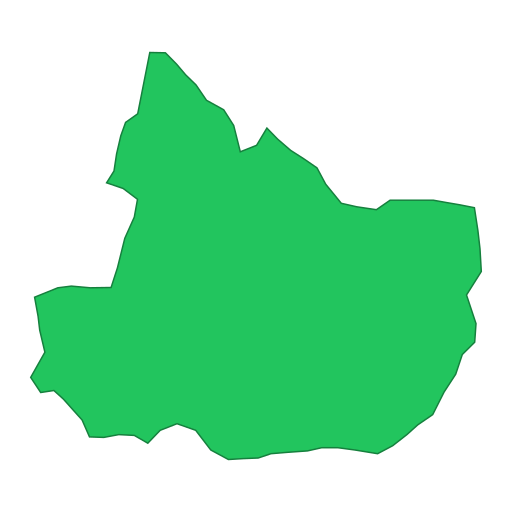 Hortolândia, São Paulo, Brazil
{"feature_id": "56859067B73549929772376", "entity_name": "Hortolândia", "entity_type": "district", "adm_level": 2, "iso_a3": "BRA", "parent_name": "Brazil", "parent_adm1": "São Paulo", "projection": "albers", "projection_center": [-47.21, -22.87], "detail": "fine", "context": "isolated", "style": "filled", "palette": "green", "viewbox_px": 512, "rotation_deg": 0, "n_neighbors": 0, "source": "geoboundaries", "source_scale": "gbopen_adm2", "svg_char_len": 1121}
<svg xmlns="http://www.w3.org/2000/svg" viewBox="0 0 512 512"><path d="M474.4,207.7L459.7,204.8L446.2,202.5L433.3,200.2L420.4,200.2L407.7,200.2L390.1,200.2L376.4,209.7L356.8,206.8L341.3,203.3L325.7,184.2L317.0,167.9L304.1,159.0L290.7,150.4L277.7,139.2L266.9,128.1L256.6,145.3L240.3,151.8L233.7,125.5L223.7,109.8L206.5,100.3L196.0,84.9L185.7,74.9L176.7,64.3L165.4,52.8L149.8,52.5L137.7,113.8L125.6,122.4L120.8,135.8L116.6,153.8L114.0,171.0L106.6,182.8L123.2,188.5L137.5,199.3L134.3,217.1L124.8,238.3L117.4,268.0L111.1,287.5L90.3,287.8L71.3,286.1L57.8,287.8L34.6,297.2L38.1,316.4L39.7,330.1L44.9,352.2L30.7,377.4L40.7,392.5L53.9,390.5L63.4,399.1L73.4,410.3L82.1,420.0L89.5,436.9L103.8,437.4L118.8,434.6L134.3,435.4L147.8,443.2L160.2,430.3L177.0,423.7L195.7,430.3L210.8,450.0L228.4,459.5L243.2,458.6L258.2,458.0L270.9,453.7L287.7,452.3L307.5,450.9L321.7,447.7L337.8,447.7L355.0,450.0L377.6,453.7L392.7,445.7L406.9,434.6L417.7,424.9L432.7,414.6L444.1,392.0L455.7,374.2L462.3,354.5L474.7,342.2L476.0,323.6L466.5,295.0L481.3,271.5L480.0,248.9L477.9,230.6L474.4,207.7Z" fill="#22c55e" stroke="#15803d" stroke-width="1.5"/></svg>